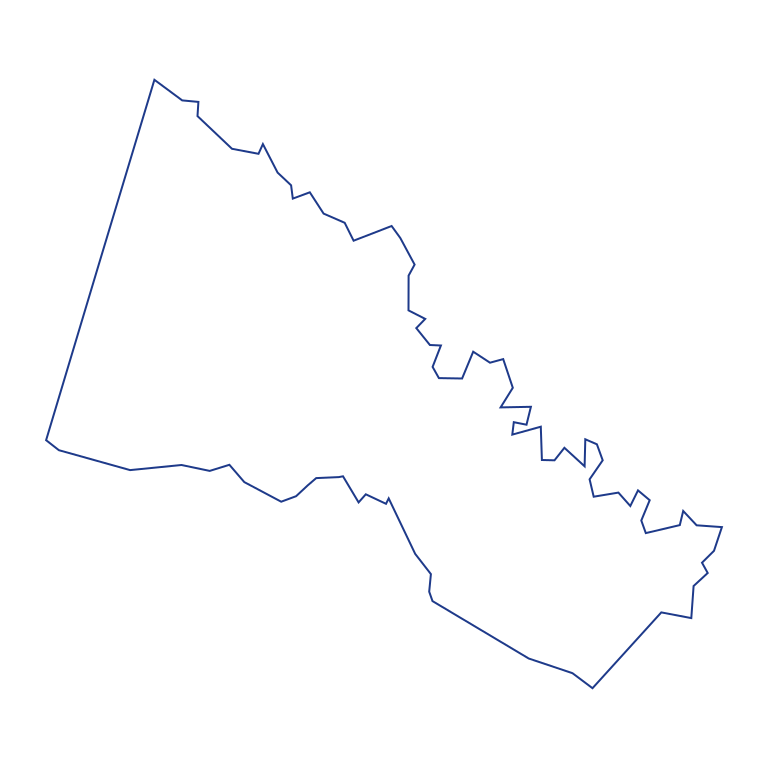 Hanover, Virginia, United States of America (Equal Earth projection)
{"feature_id": "52423323B54139086125962", "entity_name": "Hanover", "entity_type": "district", "adm_level": 2, "iso_a3": "USA", "parent_name": "United States of America", "parent_adm1": "Virginia", "projection": "equal_earth", "projection_center": [-77.399, 37.773], "detail": "fine", "context": "isolated", "style": "outline", "palette": "blue", "viewbox_px": 768, "rotation_deg": 0, "n_neighbors": 0, "source": "geoboundaries", "source_scale": "gbopen_adm2", "svg_char_len": 1167}
<svg xmlns="http://www.w3.org/2000/svg" viewBox="0 0 768 768"><path d="M198.4,101.9L182.2,100.4L154.4,79.8L98.8,264.4L46.1,440.2L58.9,450.2L130.1,470.1L181.5,465.0L209.7,470.9L229.4,464.8L244.3,482.1L281.2,501.7L296.1,496.2L307.8,485.3L316.2,478.1L338.8,477.1L343.0,476.3L358.6,502.4L365.8,494.3L386.0,503.8L388.7,498.4L415.2,553.9L430.9,574.1L429.2,591.7L432.5,601.1L528.7,658.5L572.5,673.2L592.5,688.2L661.3,612.4L691.3,618.1L693.6,586.0L707.7,573.0L702.0,562.7L714.0,550.8L721.9,527.1L696.6,525.3L683.2,511.0L679.8,525.1L645.8,533.1L641.3,520.5L649.7,500.2L638.0,490.4L630.3,506.0L618.4,492.6L593.7,496.7L589.6,479.3L602.7,460.3L596.9,444.3L585.3,439.3L584.6,466.3L564.4,447.8L554.5,460.3L541.9,460.0L540.8,426.7L512.3,434.6L513.8,422.2L526.5,424.7L530.9,406.8L500.6,407.4L512.8,387.8L503.2,359.1L490.0,362.7L473.2,351.7L462.1,378.5L438.9,378.1L432.6,366.9L440.9,345.5L429.9,345.0L416.3,328.1L425.2,318.9L408.5,310.4L408.6,275.6L414.6,264.6L400.3,238.0L391.6,226.0L353.6,240.7L344.7,222.8L323.6,213.6L309.8,192.3L292.8,198.6L291.1,185.3L277.6,172.6L262.9,144.1L258.5,153.8L232.0,148.8L197.5,116.1L198.4,101.9Z" fill="none" stroke="#1e3a8a" stroke-width="2"/></svg>